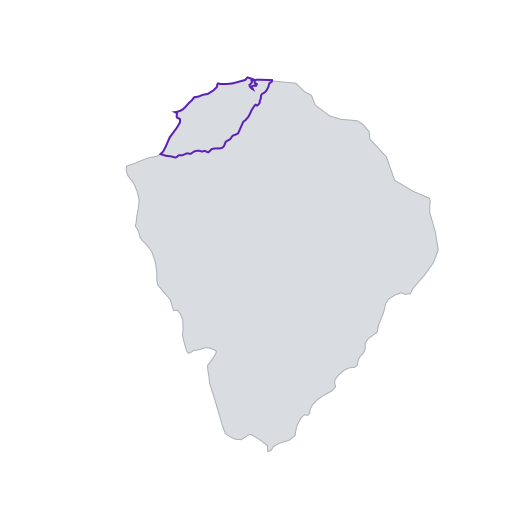 location of Rocha within Uruguay, rotated 210°
{"feature_id": "URY-22", "entity_name": "Rocha", "entity_type": "Department", "adm_level": 1, "iso_a3": "URY", "parent_name": "Uruguay", "parent_adm1": "", "projection": "mercator", "projection_center": [-54.149, -33.966], "detail": "fine", "context": "in_parent", "style": "outline", "palette": "violet", "viewbox_px": 512, "rotation_deg": 210, "n_neighbors": 0, "source": "natural_earth", "source_scale": "10m", "svg_char_len": 4091}
<svg xmlns="http://www.w3.org/2000/svg" viewBox="0 0 512 512"><g transform="rotate(210 256 256)"><path d="M398.6,340.2L395.7,342.9L392.5,347.8L388.9,359.8L376.5,376.4L374.0,385.8L360.7,395.6L351.4,406.6L345.3,406.3L339.7,411.1L308.0,425.5L296.6,422.7L288.2,422.8L280.3,416.4L262.4,414.1L251.2,416.7L236.1,423.7L231.6,423.6L228.3,423.2L220.2,420.3L215.7,414.1L192.5,407.0L173.9,390.9L151.9,390.6L135.0,392.7L132.4,390.6L130.7,386.5L127.2,380.5L112.6,366.4L101.2,352.3L99.0,338.6L100.5,323.7L104.0,306.0L103.4,300.5L107.6,297.4L111.8,296.8L115.8,292.2L119.4,285.4L120.0,280.2L117.2,270.6L115.3,257.2L113.0,250.5L117.6,240.1L117.8,235.0L115.1,230.5L114.4,225.9L115.6,221.2L115.4,216.6L113.7,212.3L115.0,208.7L119.2,205.9L122.4,201.5L124.5,195.7L125.5,191.2L125.6,188.1L124.3,185.2L121.7,182.5L122.9,177.0L127.9,168.9L131.2,161.7L132.6,155.4L132.5,150.4L130.9,146.5L131.6,143.9L134.7,142.6L136.1,138.5L135.6,128.4L132.4,120.1L134.8,113.5L141.9,105.9L145.5,99.8L145.8,95.1L148.0,92.5L151.3,97.5L161.3,98.8L171.3,99.0L172.9,97.7L176.9,89.5L182.1,87.1L187.7,86.5L193.9,87.0L200.4,92.4L219.0,110.2L232.7,122.7L236.8,128.5L240.5,132.9L243.2,137.0L242.0,147.7L242.2,152.4L242.8,153.7L245.9,153.8L250.6,153.0L254.5,150.8L257.5,147.4L260.5,144.6L262.9,143.1L263.8,140.8L265.1,138.5L266.6,138.0L269.3,139.7L275.6,145.8L280.6,151.4L281.8,154.7L283.7,158.0L285.7,161.0L287.2,163.8L292.0,167.6L296.8,169.9L300.1,167.5L308.4,175.3L326.6,181.8L330.0,185.7L333.1,191.3L339.5,199.8L348.3,207.5L355.4,210.7L362.2,212.6L366.0,214.3L368.6,217.2L372.8,220.4L375.4,221.5L376.3,224.4L379.0,230.6L381.8,238.4L384.9,245.7L391.5,252.8L399.0,258.2L406.8,261.3L411.2,265.2L413.0,269.1L407.8,275.1L402.1,282.5L397.1,288.4L391.9,292.5L390.2,295.3L389.0,299.7L389.1,323.0L388.7,331.7L389.0,334.1L389.8,335.6L393.1,337.9L397.0,339.9L398.6,340.2Z" fill="#d9dde1" stroke="#a8b0b8" stroke-width="1"/><path d="M389.7,296.5L388.7,299.7L388.8,304.9L390.1,315.6L388.7,327.3L388.6,333.6L390.2,336.5L391.4,336.5L392.5,336.3L393.5,336.3L394.4,337.0L395.0,338.2L395.4,339.4L396.1,340.2L398.0,340.1L397.0,340.8L395.9,341.8L393.8,344.4L392.5,346.8L391.8,349.3L390.6,355.2L389.4,358.7L389.1,362.0L388.6,363.0L386.5,364.5L385.5,365.4L382.6,369.1L379.5,371.6L378.4,372.8L376.3,377.0L375.8,377.7L375.6,378.5L374.4,382.6L375.3,385.2L375.2,386.5L372.8,387.2L367.4,390.3L363.0,393.4L354.0,402.3L353.3,403.2L353.0,404.5L353.0,405.6L352.7,406.4L347.3,407.6L346.0,407.7L346.2,407.1L346.6,406.6L347.6,405.7L347.2,405.3L346.8,404.9L346.5,404.3L346.4,403.7L346.5,402.8L347.1,401.1L347.2,400.8L346.4,399.9L344.8,399.2L343.1,398.8L341.9,398.8L342.6,399.3L344.8,400.2L344.3,401.1L343.3,402.1L342.2,402.9L341.3,403.2L341.0,403.7L341.0,404.7L341.4,405.4L342.4,405.3L342.3,404.7L343.2,404.9L344.2,405.8L344.8,407.4L344.3,408.3L343.2,409.3L330.0,416.4L329.9,416.3L329.7,415.6L329.6,415.2L329.6,414.6L329.9,413.9L330.1,413.5L330.6,412.9L330.7,412.6L330.8,412.2L330.7,411.8L330.0,409.2L329.8,408.4L329.7,405.5L329.8,403.9L330.3,402.0L330.5,401.5L331.5,399.9L331.7,399.2L331.8,398.8L331.9,398.3L331.9,397.7L331.6,396.8L331.4,396.3L330.9,395.7L330.7,395.4L330.6,394.9L330.4,393.0L330.3,392.3L330.1,391.9L329.7,391.3L329.6,390.8L329.5,390.1L329.6,388.7L329.8,387.8L330.2,386.9L330.6,386.7L331.0,386.7L331.3,386.9L331.7,386.9L331.9,386.9L332.1,386.8L332.2,386.5L332.5,384.5L332.7,380.2L332.6,378.6L332.4,377.3L332.2,372.9L332.9,369.0L333.0,368.6L333.1,368.2L333.8,366.9L333.9,366.5L334.1,365.7L334.1,365.4L332.8,353.3L334.3,351.0L336.1,348.9L336.3,348.5L336.5,347.7L336.6,345.5L336.8,344.4L337.0,343.8L337.2,343.4L337.6,342.9L338.9,340.7L339.2,339.9L339.3,339.3L338.7,335.3L339.0,333.8L339.5,332.7L340.8,331.3L345.5,328.5L347.8,326.5L349.0,322.1L350.1,321.6L351.5,321.6L352.9,321.4L353.3,321.2L353.6,320.9L353.9,320.6L354.2,320.1L354.9,319.5L358.0,318.7L359.4,317.8L360.8,316.7L362.0,315.3L363.5,312.1L364.1,311.5L366.1,310.9L367.5,310.0L369.4,307.4L370.4,306.2L371.3,305.7L372.7,305.1L373.3,304.5L373.6,303.7L373.8,302.9L374.1,302.1L374.7,301.3L375.0,301.0L379.7,299.7L384.0,297.8L389.6,296.5L389.7,296.5Z" fill="none" stroke="#5b21b6" stroke-width="2"/></g></svg>